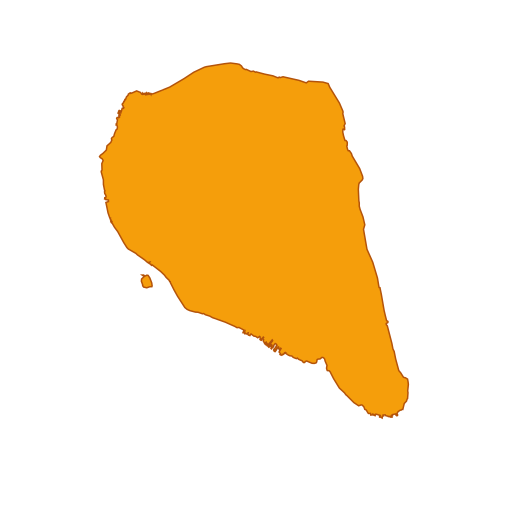 outline of Kota Tarakan, Kalimantan Timur, Indonesia, rotated 342°
{"feature_id": "22746128B97983454808676", "entity_name": "Kota Tarakan", "entity_type": "district", "adm_level": 2, "iso_a3": "IDN", "parent_name": "Indonesia", "parent_adm1": "Kalimantan Timur", "projection": "natural_earth1", "projection_center": [117.588, 3.341], "detail": "fine", "context": "isolated", "style": "filled", "palette": "amber", "viewbox_px": 512, "rotation_deg": 342, "n_neighbors": 0, "source": "geoboundaries", "source_scale": "gbopen_adm2", "svg_char_len": 6053}
<svg xmlns="http://www.w3.org/2000/svg" viewBox="0 0 512 512"><g transform="rotate(342 256 256)"><path d="M300.9,70.8L299.4,68.6L297.3,67.4L291.4,64.6L285.5,63.4L267.4,60.6L265.2,60.5L253.6,62.0L242.3,65.1L226.1,68.7L209.2,69.9L207.0,69.8L206.4,69.1L206.0,69.9L205.8,69.1L204.5,69.2L204.8,68.2L204.4,68.1L204.2,68.9L203.8,68.8L203.9,67.6L203.6,67.6L203.4,68.5L203.2,68.4L203.4,67.7L203.1,67.6L202.7,68.6L202.2,68.9L201.7,68.6L201.9,67.9L201.5,68.6L201.2,68.6L201.8,67.2L201.0,67.6L201.0,67.0L200.7,67.0L200.5,67.6L199.9,67.6L200.2,66.3L199.3,67.5L198.8,67.3L198.5,66.3L198.0,67.2L197.4,66.8L196.7,64.8L193.5,62.1L187.9,62.7L187.0,62.6L187.1,62.1L186.6,62.0L184.6,62.6L184.0,63.6L182.0,64.6L180.2,66.9L179.7,66.6L178.5,68.3L178.2,68.1L176.6,69.8L176.1,69.8L175.7,70.3L175.5,70.8L176.0,72.2L175.7,73.3L176.2,73.9L175.9,74.4L175.4,74.7L174.3,74.3L172.8,76.6L172.0,76.1L171.9,76.4L170.9,75.3L170.6,75.5L172.1,77.4L171.8,78.0L170.8,77.2L171.1,76.7L170.3,75.8L168.9,77.5L169.3,78.2L169.6,77.7L170.5,78.6L170.5,80.0L170.1,80.3L169.4,79.6L169.1,79.8L168.8,80.7L169.1,81.7L168.2,82.1L167.8,81.6L166.7,81.4L166.1,81.9L165.9,82.4L166.4,83.6L164.3,87.5L163.8,87.3L163.5,88.2L164.2,88.3L164.1,90.6L163.2,92.3L161.9,92.8L159.2,96.0L157.7,98.3L155.9,98.8L154.9,99.5L154.7,100.0L154.7,101.2L153.0,103.1L148.3,105.2L146.4,109.0L142.2,111.1L139.2,112.1L137.9,113.1L138.3,114.3L139.8,116.2L140.1,118.0L137.9,120.5L136.2,126.4L135.6,127.3L135.1,127.4L134.8,128.2L134.4,136.4L133.0,140.8L132.3,146.6L132.5,147.4L131.8,148.0L131.4,150.1L131.8,150.7L131.9,152.9L130.8,154.5L130.7,153.8L130.2,153.8L129.7,154.9L130.5,155.1L130.4,155.8L132.9,157.1L132.5,158.6L129.8,158.7L128.6,169.3L128.7,174.4L129.2,174.9L128.8,175.1L129.1,176.5L128.8,176.5L128.8,177.0L129.1,177.6L128.9,177.9L129.3,177.9L129.6,178.8L128.7,179.2L128.8,179.6L129.2,179.5L130.3,184.9L132.0,190.0L134.4,202.5L135.8,208.0L136.7,209.9L142.6,216.4L143.6,218.3L148.9,225.3L151.0,228.8L153.1,229.0L152.0,230.0L153.4,231.4L153.2,231.6L153.9,232.7L154.6,232.5L160.4,241.0L163.0,245.8L163.9,248.5L165.9,252.3L166.0,253.5L166.5,253.9L166.3,254.6L167.6,263.1L169.0,270.2L172.4,283.0L174.0,285.5L176.2,287.5L181.0,290.6L183.5,291.6L187.2,294.4L188.5,294.6L189.7,296.2L193.5,298.9L195.5,301.1L206.3,309.4L214.2,316.5L215.8,318.3L217.7,318.7L221.7,322.8L220.0,324.8L220.6,325.0L221.9,324.4L221.0,325.8L221.3,326.4L221.9,325.9L222.5,327.0L223.4,327.5L224.2,326.7L224.8,326.7L224.1,327.8L224.3,328.8L225.6,329.8L226.7,328.7L227.3,328.7L229.2,331.5L230.9,332.4L232.4,334.3L234.6,333.6L234.9,334.3L234.5,335.7L234.7,336.0L234.0,336.7L234.6,337.5L234.9,337.2L235.2,337.6L236.3,336.3L237.9,335.4L238.1,335.8L236.7,336.9L237.4,338.1L236.6,338.8L237.2,341.6L239.1,341.0L239.2,341.5L237.3,342.3L238.0,343.5L240.2,342.6L238.5,343.7L238.9,344.8L245.5,340.8L245.7,341.4L245.4,341.9L240.2,345.4L239.8,345.8L239.8,346.3L240.1,346.8L243.1,344.9L243.6,345.7L242.2,347.2L242.6,347.9L241.7,348.6L242.0,349.1L243.7,347.8L243.9,348.1L245.0,347.2L244.9,346.7L247.2,345.2L248.0,346.0L248.4,347.4L247.7,348.1L247.4,347.9L246.5,349.2L246.2,349.0L245.1,349.9L245.1,350.4L244.5,350.1L243.7,350.8L244.1,351.5L243.8,351.8L244.1,352.4L244.6,352.1L244.9,352.7L246.5,351.5L246.3,351.3L247.5,350.2L247.7,350.4L249.1,349.3L249.5,349.8L249.0,351.0L249.4,351.9L249.2,352.1L249.3,352.5L251.0,351.3L251.3,351.7L248.3,354.4L249.1,356.5L248.4,357.1L248.7,357.5L248.9,357.3L249.9,358.4L251.2,357.7L251.8,358.1L253.1,357.0L253.3,357.3L254.1,356.8L254.5,357.2L254.1,357.7L256.1,360.2L257.3,361.3L259.2,362.2L260.0,363.8L261.1,364.8L262.7,366.1L263.8,365.9L264.6,367.4L267.5,370.0L268.0,371.6L268.6,372.2L269.4,372.3L270.3,371.6L271.7,371.5L276.2,375.4L278.4,376.2L280.2,376.2L280.9,375.6L282.1,373.4L283.2,373.2L285.0,373.7L287.5,372.8L288.7,373.5L289.4,375.0L289.3,377.6L289.7,382.0L288.4,384.5L288.3,386.5L288.4,387.0L290.2,387.8L290.7,389.0L291.9,396.6L294.5,407.4L297.9,413.5L298.6,415.8L299.2,416.6L303.8,425.7L307.4,430.2L310.0,430.1L311.0,430.7L312.0,432.9L312.1,435.5L313.0,436.2L313.3,436.8L314.1,440.2L314.6,440.7L316.0,441.0L315.9,441.2L316.3,441.7L316.0,442.7L317.4,443.1L318.1,442.4L319.2,443.2L318.8,443.7L319.2,444.1L319.6,443.9L320.0,444.6L321.2,443.4L324.2,445.5L324.1,445.9L324.9,446.1L324.6,447.1L324.0,446.8L323.8,447.4L324.8,447.8L325.9,449.1L326.8,447.4L327.9,447.5L327.9,447.1L327.6,447.0L327.7,446.5L329.8,447.0L330.1,448.0L332.1,449.2L332.2,449.6L333.8,450.1L333.7,451.0L334.1,450.0L334.5,450.1L334.5,451.0L335.7,451.2L335.7,449.7L336.5,449.9L336.6,449.0L339.9,449.3L340.0,450.6L340.6,450.6L340.7,451.5L341.3,451.4L341.3,450.8L341.6,450.6L341.4,449.3L343.1,447.9L345.6,447.2L346.6,447.4L347.6,447.0L348.2,447.3L351.4,442.1L354.3,440.5L355.3,438.9L356.1,438.4L358.3,433.0L358.6,431.1L361.2,425.3L361.7,422.9L362.1,419.9L360.5,418.0L359.0,417.1L358.7,416.6L357.5,411.8L356.4,409.1L357.0,397.1L357.9,389.4L357.5,386.7L358.2,381.1L359.3,363.0L358.7,361.6L359.0,360.4L360.7,360.1L361.2,359.4L361.1,358.7L360.2,357.9L360.6,352.1L361.0,347.4L363.3,331.5L364.1,324.4L363.4,324.0L363.4,323.1L364.7,314.5L365.1,297.9L363.6,283.9L366.5,263.8L369.1,260.0L369.8,251.9L369.4,243.8L369.6,240.5L370.6,237.5L370.9,235.2L373.9,224.3L375.8,219.8L376.7,218.5L380.7,216.4L381.6,215.3L382.0,213.1L381.6,204.9L378.4,190.7L378.4,188.0L377.4,184.8L376.3,184.4L376.0,182.9L376.3,179.4L376.9,179.0L377.8,176.6L377.9,175.6L377.3,174.0L376.3,173.6L376.4,168.7L376.8,165.0L377.8,162.3L378.3,162.2L379.1,163.2L379.4,163.1L380.1,160.6L379.9,159.5L381.7,157.6L382.5,147.5L383.2,146.2L383.4,145.2L382.6,136.4L378.3,118.4L377.9,114.3L373.4,111.3L360.0,106.0L357.3,106.9L351.1,102.2L337.1,93.9L334.2,93.8L333.3,93.0L332.6,93.4L331.6,93.1L327.8,89.9L320.4,85.7L313.1,81.0L312.4,81.1L310.7,79.4L308.2,79.0L304.4,75.5L303.4,75.4L302.2,74.1L301.4,72.9L300.9,70.8ZM148.0,252.2L148.5,249.4L148.3,245.4L148.2,243.9L147.4,241.1L146.3,240.5L143.5,240.9L140.1,242.5L139.2,244.5L139.3,248.8L139.0,249.2L139.5,250.8L142.3,252.5L145.4,252.4L147.5,253.0L148.0,252.2ZM143.6,239.9L143.3,239.4L141.9,239.0L142.5,239.8L143.6,239.9Z" fill="#f59e0b" stroke="#b45309" stroke-width="1.5"/></g></svg>